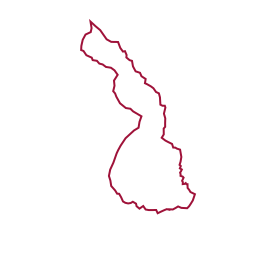 Dymes, Limassol, Cyprus, rotated 40°
{"feature_id": "46923920B11933965070287", "entity_name": "Dymes", "entity_type": "district", "adm_level": 2, "iso_a3": "CYP", "parent_name": "Cyprus", "parent_adm1": "Limassol", "projection": "natural_earth1", "projection_center": [32.967, 34.924], "detail": "fine", "context": "isolated", "style": "outline", "palette": "rose", "viewbox_px": 256, "rotation_deg": 40, "n_neighbors": 0, "source": "geoboundaries", "source_scale": "gbopen_adm2", "svg_char_len": 1778}
<svg xmlns="http://www.w3.org/2000/svg" viewBox="0 0 256 256"><g transform="rotate(40 128 128)"><path d="M42.0,98.4L44.4,97.6L49.3,99.0L52.6,98.1L55.0,97.4L57.3,98.7L61.0,96.5L64.6,97.1L67.7,95.6L71.9,95.4L74.0,94.1L76.2,92.8L80.6,92.5L85.9,93.9L86.8,100.7L90.5,104.3L93.0,109.3L95.9,109.8L98.9,111.5L106.0,114.2L113.5,114.1L117.5,111.7L121.2,112.0L130.8,110.4L132.8,115.8L135.9,121.0L134.2,126.0L132.7,137.4L133.7,146.3L134.7,151.3L135.6,154.7L139.1,164.0L141.1,171.3L144.2,177.0L148.3,179.6L152.4,183.2L158.3,184.1L161.9,185.3L163.5,184.1L167.3,185.5L171.4,187.5L173.4,187.1L173.9,187.1L176.6,185.7L178.3,183.7L179.1,181.4L182.8,180.8L184.8,182.4L188.6,182.4L189.8,178.0L193.9,179.1L196.7,177.5L199.4,175.2L202.3,172.7L205.5,174.2L207.3,170.3L208.7,167.4L209.9,165.2L212.1,164.1L211.8,163.8L214.7,161.6L215.9,158.6L216.8,155.9L220.2,154.9L224.9,151.4L225.1,148.7L224.8,145.9L224.2,141.8L221.8,135.7L217.0,136.9L214.4,136.0L212.2,135.6L209.7,132.8L208.9,133.5L208.4,133.4L207.6,133.1L207.3,134.4L206.0,135.8L204.8,134.2L203.4,133.7L202.5,130.3L201.1,130.1L199.0,130.9L198.0,129.6L196.6,128.7L196.4,127.1L195.9,125.2L193.7,125.6L192.9,123.2L192.3,123.1L191.2,123.1L189.9,120.0L187.5,115.9L181.8,111.1L178.6,112.4L176.9,112.6L175.2,113.9L172.0,111.9L167.5,113.0L164.6,113.6L160.1,113.8L159.5,109.9L155.7,105.5L155.7,103.2L153.3,100.4L150.3,96.6L146.3,93.9L143.5,88.3L141.9,87.3L140.1,88.8L137.8,89.3L132.8,84.0L129.4,81.6L126.3,82.4L121.9,81.2L118.7,81.4L114.4,82.2L112.2,82.8L110.0,79.1L105.1,79.7L101.7,78.0L97.4,79.7L92.2,77.6L87.9,74.0L85.6,75.0L81.4,75.0L80.0,73.0L76.3,71.1L75.0,72.7L70.6,71.6L65.1,68.5L59.8,72.8L54.6,73.8L43.8,70.9L37.8,70.9L30.9,70.6L35.9,74.9L37.8,78.5L35.4,83.7L36.6,89.5L39.5,95.1L42.0,98.4Z" fill="none" stroke="#9f1239" stroke-width="2"/></g></svg>